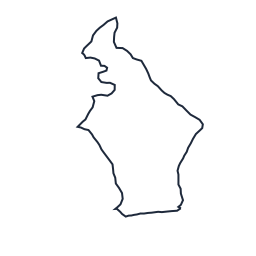 Vatili, Cyprus, rotated 321°
{"feature_id": "46923920B79733432634450", "entity_name": "Vatili", "entity_type": "district", "adm_level": 2, "iso_a3": "CYP", "parent_name": "Cyprus", "parent_adm1": "", "projection": "albers", "projection_center": [33.661, 35.144], "detail": "fine", "context": "isolated", "style": "outline", "palette": "slate", "viewbox_px": 256, "rotation_deg": 321, "n_neighbors": 0, "source": "geoboundaries", "source_scale": "gbopen_adm2", "svg_char_len": 1679}
<svg xmlns="http://www.w3.org/2000/svg" viewBox="0 0 256 256"><g transform="rotate(321 128 128)"><path d="M164.6,32.6L159.1,34.0L154.0,37.7L146.8,38.3L143.9,38.6L139.6,40.9L140.0,43.0L139.9,44.4L139.2,47.1L143.1,49.6L145.9,53.0L147.9,57.4L146.2,62.6L148.8,64.9L149.7,68.0L147.4,69.8L143.9,68.6L139.6,66.9L136.2,70.6L136.2,75.5L139.6,79.3L142.5,81.6L144.8,86.2L141.6,90.0L137.0,90.8L132.4,90.0L128.1,85.3L125.0,83.3L120.1,81.3L118.7,85.9L113.5,89.7L109.2,90.8L106.0,92.0L100.3,94.6L96.8,94.6L89.6,95.4L91.7,98.0L93.4,101.5L96.0,104.7L96.0,110.4L95.4,113.6L95.4,119.7L95.1,123.1L93.9,128.0L93.7,131.8L93.4,139.9L93.1,146.5L90.5,150.6L88.2,154.0L86.8,158.6L83.6,163.5L83.3,169.0L82.4,174.8L79.3,179.7L74.1,182.6L69.8,182.9L67.4,182.9L67.2,182.9L67.9,183.4L68.5,183.9L69.2,188.2L69.3,191.1L70.5,195.4L73.5,196.6L75.5,198.1L78.0,199.3L80.5,200.8L83.9,202.3L86.5,204.5L90.1,206.6L93.1,208.7L98.7,212.1L101.4,214.7L105.9,217.6L109.7,220.1L114.1,223.2L118.4,223.6L118.5,223.7L117.5,221.0L120.7,221.0L125.3,218.7L127.8,212.3L130.7,208.3L131.6,203.7L134.2,200.5L137.9,195.9L139.6,192.4L143.6,189.5L146.5,188.1L151.7,186.3L154.3,184.9L158.6,183.5L162.3,181.2L167.2,179.4L171.5,177.4L177.0,175.4L181.9,175.1L185.6,174.8L188.5,172.2L188.8,166.7L187.0,161.8L185.0,156.9L184.4,151.1L183.9,145.4L181.9,141.3L181.9,134.4L181.3,130.1L179.6,126.9L178.4,123.7L177.8,120.0L177.5,114.2L176.4,110.2L175.8,105.5L176.7,102.4L178.1,98.3L179.3,93.4L180.7,84.2L177.8,80.1L175.8,76.7L176.4,72.4L175.8,67.5L174.1,62.5L169.5,58.5L171.2,52.2L174.6,48.4L177.5,45.5L182.7,43.2L185.6,40.0L188.1,34.6L183.5,33.4L179.2,32.3L173.8,32.5L169.2,32.3L164.6,32.6Z" fill="none" stroke="#1e293b" stroke-width="2"/></g></svg>